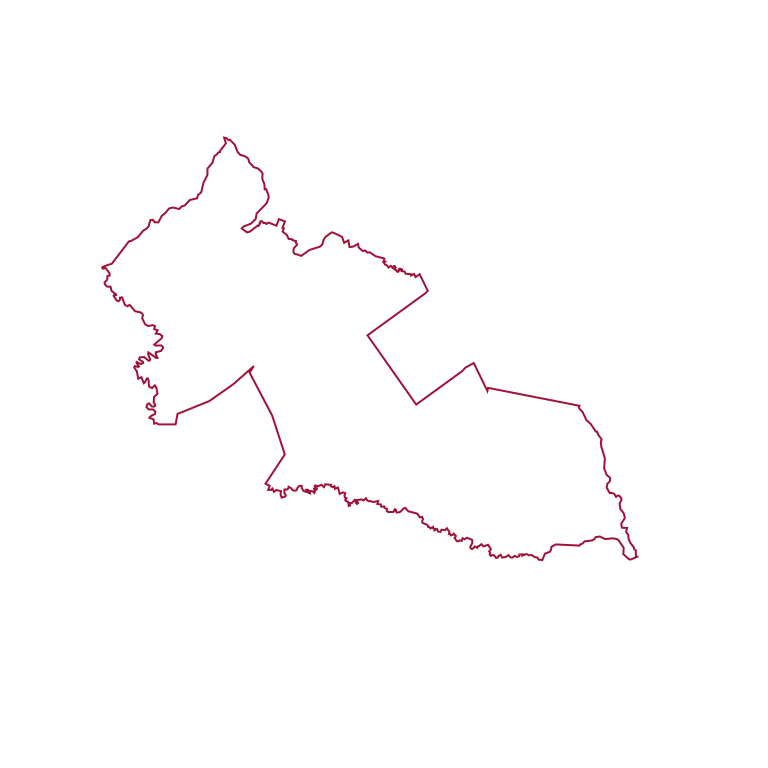 Playford, South Australia, Australia (Natural Earth projection), rotated 207°
{"feature_id": "25037944B16955456805205", "entity_name": "Playford", "entity_type": "district", "adm_level": 2, "iso_a3": "AUS", "parent_name": "Australia", "parent_adm1": "South Australia", "projection": "natural_earth1", "projection_center": [138.637, -34.694], "detail": "fine", "context": "isolated", "style": "outline", "palette": "rose", "viewbox_px": 768, "rotation_deg": 207, "n_neighbors": 0, "source": "geoboundaries", "source_scale": "gbopen_adm2", "svg_char_len": 6154}
<svg xmlns="http://www.w3.org/2000/svg" viewBox="0 0 768 768"><g transform="rotate(207 384 384)"><path d="M687.2,359.2L686.2,359.4L685.6,360.7L684.3,360.8L678.9,358.1L677.6,356.2L679.4,354.6L678.0,351.4L679.1,347.5L677.5,345.9L674.9,345.1L671.8,346.5L669.0,343.3L663.5,342.2L663.0,341.6L664.9,340.7L664.9,339.8L659.9,337.0L658.2,337.2L657.5,339.6L658.5,341.0L656.7,342.3L650.8,336.9L647.9,336.8L646.6,339.0L638.7,335.8L633.6,337.3L631.3,336.9L630.0,335.9L629.3,332.8L624.0,328.8L620.4,328.6L616.8,331.4L614.4,331.7L613.7,328.6L610.1,329.1L610.2,325.3L606.2,326.7L603.2,326.0L602.9,323.8L606.6,314.8L605.0,314.5L599.8,317.3L597.9,316.8L597.2,315.7L597.7,312.2L601.7,308.7L600.8,306.8L597.7,304.5L598.8,303.8L608.3,305.2L607.9,303.6L603.7,300.0L603.3,298.9L604.4,297.9L609.9,299.1L613.7,296.9L613.5,294.8L608.6,294.3L608.1,293.3L609.7,291.4L614.4,291.3L614.1,290.4L610.3,288.4L610.7,287.6L614.2,286.8L614.2,285.5L609.8,282.9L605.4,277.1L603.2,280.0L598.4,275.6L597.8,276.7L597.8,281.2L597.0,281.8L595.5,280.5L592.3,275.1L588.8,275.0L587.6,278.8L584.9,277.1L581.4,272.4L583.0,268.0L580.7,262.8L578.6,261.9L578.0,260.8L578.9,259.2L580.7,258.6L584.5,260.1L585.7,258.4L585.2,255.6L582.2,254.5L578.5,256.4L575.3,255.8L574.5,253.3L577.3,249.4L577.7,247.4L573.2,247.8L570.8,244.3L569.0,245.9L566.4,245.7L551.4,253.4L554.4,263.6L531.9,289.5L518.3,315.1L508.1,340.9L508.9,333.1L469.3,305.1L440.4,276.2L444.3,241.4L439.6,241.3L439.2,237.1L436.6,238.2L436.0,240.2L433.1,237.9L431.9,240.6L427.1,241.8L426.2,238.8L423.6,236.3L420.8,239.1L421.3,240.6L423.2,241.5L424.8,244.8L422.3,246.1L421.9,247.5L422.4,249.1L419.8,249.1L416.9,247.8L414.4,248.9L413.6,249.8L414.0,251.7L413.2,254.8L411.2,255.9L410.0,253.9L407.1,252.1L403.7,252.7L403.4,253.4L405.3,254.4L404.0,255.2L403.1,254.9L402.1,252.9L400.3,253.0L401.7,255.1L398.4,256.0L396.7,255.3L396.7,256.6L398.9,259.0L398.0,259.8L396.6,259.0L396.0,259.6L396.8,260.9L399.2,261.4L399.3,262.3L396.3,263.1L394.0,265.8L390.6,264.9L390.8,268.0L385.3,270.1L385.0,268.8L382.9,268.7L381.8,270.5L380.0,268.3L378.1,270.9L373.5,266.0L371.4,268.8L368.9,269.1L368.7,267.1L367.4,265.1L365.6,265.2L365.9,263.0L364.7,262.4L362.5,262.7L360.0,259.3L359.1,260.3L360.6,262.4L358.7,263.1L357.5,267.6L356.6,267.9L355.5,265.6L353.6,264.9L353.0,266.1L354.7,267.0L354.8,268.8L351.6,270.9L349.4,270.9L348.2,274.0L346.1,272.6L343.6,272.8L342.9,273.6L340.2,273.8L336.1,277.1L335.5,274.1L332.1,275.2L330.6,273.4L328.2,275.0L327.3,274.0L324.6,274.0L324.1,272.2L322.3,271.8L317.7,274.1L317.4,277.4L316.0,277.2L315.6,275.8L314.4,275.3L312.3,276.5L311.1,278.2L310.2,281.7L308.8,283.3L304.6,281.6L295.5,283.6L291.5,281.4L289.8,282.9L288.0,281.5L287.8,279.3L286.8,277.8L281.0,278.1L279.8,276.7L278.7,277.2L277.0,276.4L275.5,278.9L274.4,277.5L272.9,278.1L272.5,276.7L270.9,278.9L268.5,277.1L266.5,277.9L266.6,280.3L263.1,281.5L262.5,284.0L258.6,281.9L258.1,280.0L257.2,280.5L255.7,279.5L254.1,281.0L253.9,282.3L250.9,281.2L251.3,278.9L247.7,277.0L246.4,277.5L245.6,279.1L243.6,279.4L244.0,282.3L241.6,282.2L240.4,284.6L234.7,285.2L233.1,282.3L233.2,278.0L232.5,277.1L230.8,276.9L229.8,278.1L229.4,280.4L226.5,280.4L226.9,281.7L225.7,282.7L224.5,285.5L221.6,284.4L218.3,288.0L213.7,285.2L214.3,282.6L212.8,281.8L212.4,280.0L210.7,279.3L210.0,280.7L207.9,281.3L205.1,279.9L203.7,281.3L204.0,282.3L202.6,284.8L199.9,283.0L196.7,285.5L195.4,288.1L192.8,287.0L191.0,287.4L189.4,290.2L187.0,290.2L185.3,291.9L186.0,293.4L183.0,295.2L182.6,294.0L179.9,297.2L177.5,297.1L174.6,298.6L170.8,298.2L168.6,299.0L166.6,297.7L163.0,299.0L163.6,305.9L160.1,309.7L159.9,312.0L160.9,314.9L158.2,319.0L136.4,328.8L136.4,330.1L134.9,331.5L133.8,334.9L127.5,339.1L126.2,341.1L125.9,343.6L122.5,346.1L116.6,346.2L110.4,350.2L106.4,351.5L104.1,351.3L96.0,346.8L93.6,341.1L86.2,339.1L84.6,339.5L80.0,345.0L81.5,345.2L84.1,350.0L85.8,350.3L87.3,351.9L92.7,354.4L96.0,357.3L97.7,360.3L101.1,362.1L102.0,366.1L106.6,364.0L108.2,365.7L109.2,367.2L108.6,373.4L109.2,374.9L111.8,377.7L116.6,379.9L119.8,384.3L119.8,388.7L120.9,390.1L124.0,391.3L125.1,390.7L126.0,388.8L128.9,390.6L131.6,390.4L133.4,389.3L138.6,392.8L139.7,396.7L138.6,399.5L139.4,402.3L140.5,403.3L144.3,404.0L149.6,408.9L153.5,418.1L161.7,426.6L164.3,430.3L165.0,433.5L169.9,435.9L172.6,438.2L173.7,437.8L181.6,442.2L187.2,443.7L194.2,449.1L198.9,450.8L200.0,452.0L200.0,453.3L289.5,427.8L288.7,424.7L313.5,443.4L318.9,435.5L320.2,430.9L346.0,380.3L420.8,419.9L388.3,483.7L387.3,486.9L402.1,498.0L404.4,493.6L407.2,495.7L409.0,493.1L409.4,494.2L414.7,492.1L416.7,493.5L419.4,492.7L419.9,494.3L422.4,493.9L422.8,493.3L421.4,492.6L422.8,491.3L422.3,490.5L423.0,490.0L425.2,491.0L426.9,490.8L427.2,491.5L426.4,492.9L428.0,493.9L429.0,493.3L429.2,491.4L431.6,492.4L432.8,489.9L435.5,491.1L437.2,490.9L439.1,491.9L438.5,493.4L440.1,492.8L440.3,495.6L441.1,495.9L449.6,494.0L456.4,494.9L458.6,493.5L461.2,494.5L463.4,492.8L468.6,494.2L470.8,497.0L473.8,492.5L476.9,490.3L480.9,495.8L483.6,491.7L488.2,496.1L498.4,495.8L499.4,495.4L502.9,488.6L503.3,485.3L502.3,480.3L503.4,477.4L511.2,469.6L515.9,460.6L523.3,459.5L524.7,460.6L526.0,463.9L524.7,468.7L527.0,470.2L527.3,471.4L530.8,470.6L531.4,471.3L534.8,470.0L538.4,472.8L543.5,473.7L543.9,477.2L545.3,477.0L546.1,483.9L552.5,483.2L551.7,476.2L559.9,475.5L561.6,473.1L562.8,473.7L564.4,472.7L567.0,473.7L568.0,472.4L567.8,470.7L567.3,470.7L567.6,467.8L568.4,467.9L572.7,458.9L574.9,456.9L581.4,458.0L580.6,460.6L575.4,466.4L573.3,473.0L574.9,478.0L570.6,491.9L571.4,497.9L572.8,499.9L577.4,504.1L578.7,503.3L581.2,507.6L585.8,511.8L587.7,516.4L589.9,517.7L594.5,518.8L598.6,518.0L604.8,520.4L607.2,523.1L610.9,523.9L616.1,522.9L619.8,524.3L625.5,529.4L632.3,531.7L633.5,530.8L635.9,531.5L638.3,530.9L634.1,526.7L635.9,517.2L635.4,516.3L636.9,515.0L637.1,512.9L638.6,509.9L637.3,503.3L639.1,495.8L636.3,490.2L636.1,480.9L633.9,471.7L635.5,467.9L634.8,464.6L640.6,459.7L642.6,452.5L644.9,450.4L645.9,447.0L652.5,445.3L655.3,442.6L656.3,437.5L658.3,432.9L658.5,425.6L661.6,424.0L664.7,425.4L666.6,423.9L665.3,417.6L666.0,415.0L668.2,411.2L670.0,403.1L674.2,396.8L676.0,395.3L681.1,367.6L686.3,362.4L688.0,360.0L687.2,359.2Z" fill="none" stroke="#9f1239" stroke-width="2"/></g></svg>